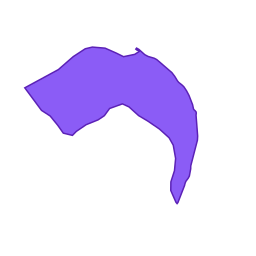 an SVG outline of Benghazi, rotated 150°
{"feature_id": "LBY-2984", "entity_name": "Benghazi", "entity_type": "Municipality", "adm_level": 1, "iso_a3": "LBY", "parent_name": "Libya", "parent_adm1": "", "projection": "orthographic", "projection_center": [20.37, 31.785], "detail": "fine", "context": "isolated", "style": "filled", "palette": "violet", "viewbox_px": 256, "rotation_deg": 150, "n_neighbors": 0, "source": "natural_earth", "source_scale": "10m", "svg_char_len": 956}
<svg xmlns="http://www.w3.org/2000/svg" viewBox="0 0 256 256"><g transform="rotate(150 128 128)"><path d="M80.6,192.9L79.3,190.7L76.8,183.1L74.8,179.9L70.4,175.3L68.9,172.9L62.3,154.0L61.7,149.2L61.6,144.1L61.3,142.2L59.6,137.9L59.0,135.7L58.7,130.9L58.9,125.6L60.4,115.9L61.8,111.6L61.6,110.4L61.2,109.2L61.0,107.9L61.4,106.8L62.7,105.0L71.7,86.2L74.0,82.7L92.6,63.8L94.1,61.3L98.9,55.7L100.8,54.5L104.7,52.8L106.5,51.3L107.8,49.9L122.0,38.5L123.3,38.0L123.6,39.7L123.6,39.8L122.2,52.5L117.8,59.9L109.1,67.8L102.0,77.8L97.4,90.5L97.3,99.0L101.3,111.4L107.5,124.3L112.6,133.4L116.6,145.8L120.8,151.7L134.2,154.1L142.3,150.5L149.8,150.0L162.6,151.8L174.4,150.9L179.8,149.4L186.6,155.9L187.5,165.6L189.4,177.3L194.1,186.5L197.3,214.4L159.2,213.4L139.7,217.2L125.4,218.0L118.4,215.9L107.9,208.6L100.6,198.6L96.2,192.0L85.3,188.4L79.8,188.7L80.0,189.7L81.2,190.9L81.5,191.4L81.8,192.4L80.6,192.9Z" fill="#8b5cf6" stroke="#5b21b6" stroke-width="1.5"/></g></svg>